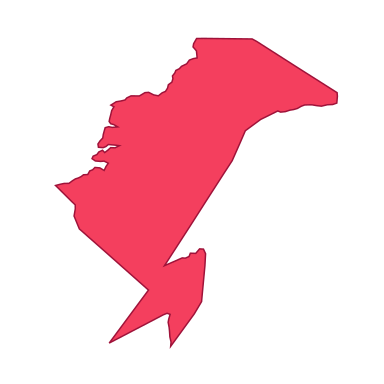 outline of Matinha, Maranhão, Brazil, rotated 95°
{"feature_id": "56859067B91136777616076", "entity_name": "Matinha", "entity_type": "district", "adm_level": 2, "iso_a3": "BRA", "parent_name": "Brazil", "parent_adm1": "Maranhão", "projection": "natural_earth1", "projection_center": [-45.01, -3.058], "detail": "fine", "context": "isolated", "style": "filled", "palette": "rose", "viewbox_px": 384, "rotation_deg": 95, "n_neighbors": 0, "source": "geoboundaries", "source_scale": "gbopen_adm2", "svg_char_len": 1892}
<svg xmlns="http://www.w3.org/2000/svg" viewBox="0 0 384 384"><g transform="rotate(95 192 192)"><path d="M252.3,173.1L247.9,175.6L248.0,179.5L252.8,182.9L253.1,188.3L256.5,189.3L258.5,192.9L258.5,196.0L267.8,213.0L224.7,190.2L200.6,177.6L170.8,161.9L157.3,154.7L138.0,148.1L126.3,144.2L118.9,135.8L113.7,129.9L103.8,113.6L104.7,110.7L103.8,106.0L101.9,101.5L101.0,97.9L99.6,94.3L97.1,90.7L95.5,87.4L95.1,84.3L94.7,80.0L95.1,75.4L95.2,70.5L93.3,64.8L92.6,59.5L90.8,55.5L83.9,55.5L80.4,56.1L58.0,99.3L36.3,140.8L34.3,145.4L38.0,194.0L38.7,200.8L44.1,203.3L47.4,203.6L51.0,199.9L55.1,199.1L58.0,198.6L59.0,202.3L60.8,206.1L64.8,208.5L67.7,213.4L70.3,215.4L72.3,218.7L74.9,219.5L78.1,221.6L80.7,220.9L84.3,221.6L87.2,224.9L90.6,225.4L94.1,227.2L95.8,230.4L99.1,233.9L98.6,238.6L96.5,243.9L97.1,247.5L100.9,252.8L101.3,257.8L101.6,261.2L103.9,265.1L106.2,266.8L107.5,270.7L108.7,275.4L110.7,278.0L112.5,280.4L113.9,277.2L117.9,279.1L121.6,279.6L126.2,280.4L129.0,280.7L131.1,278.9L131.7,275.7L133.6,271.7L134.6,277.1L134.2,280.7L135.5,284.1L139.1,284.8L142.4,285.4L146.0,285.6L149.0,288.0L152.4,289.9L155.6,289.1L155.6,284.4L154.2,281.7L152.0,279.5L152.0,275.9L152.0,272.5L152.2,268.4L154.7,272.5L154.9,276.9L157.8,279.6L160.3,282.4L158.2,284.8L160.2,288.3L163.0,290.0L164.9,293.6L167.5,294.5L169.5,291.0L169.5,285.6L168.9,282.3L170.6,277.9L174.1,279.9L178.2,281.4L176.0,285.9L176.0,290.8L178.5,292.9L179.9,295.7L183.7,297.4L184.3,301.6L186.3,303.8L187.9,306.4L189.1,309.3L191.4,312.3L194.1,315.3L194.6,320.1L195.8,324.0L197.4,328.5L212.3,310.6L215.0,307.2L219.0,306.8L226.2,307.4L238.6,301.0L247.1,289.5L260.2,271.7L293.5,226.8L349.7,261.3L322.1,218.1L316.9,210.0L315.0,206.3L315.8,203.1L320.6,204.1L323.9,204.4L328.8,203.0L332.5,202.3L338.3,201.4L343.3,199.8L347.6,199.8L313.2,179.1L300.3,172.9L295.8,172.9L264.4,172.7L252.3,173.1Z" fill="#f43f5e" stroke="#9f1239" stroke-width="1.5"/></g></svg>